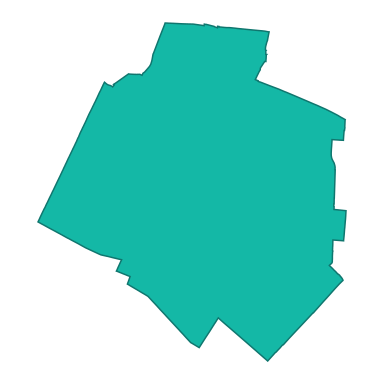 outline of Veenendaal, Utrecht, Netherlands
{"feature_id": "6326949B99010432218754", "entity_name": "Veenendaal", "entity_type": "district", "adm_level": 2, "iso_a3": "NLD", "parent_name": "Netherlands", "parent_adm1": "Utrecht", "projection": "albers", "projection_center": [5.554, 52.023], "detail": "fine", "context": "isolated", "style": "filled", "palette": "teal", "viewbox_px": 384, "rotation_deg": 0, "n_neighbors": 0, "source": "geoboundaries", "source_scale": "gbopen_adm2", "svg_char_len": 5588}
<svg xmlns="http://www.w3.org/2000/svg" viewBox="0 0 384 384"><path d="M217.7,26.3L217.7,26.5L217.7,27.7L217.6,27.8L214.3,26.7L214.0,26.3L213.3,26.2L209.5,25.2L206.3,24.4L206.2,24.5L204.3,24.1L204.1,25.7L203.1,25.5L200.3,25.1L197.5,24.7L194.7,24.3L193.1,24.1L188.6,24.0L185.2,23.9L182.1,23.8L174.2,23.4L169.6,23.2L168.8,23.2L167.4,23.1L165.1,23.0L164.7,24.3L162.8,29.1L159.9,36.5L154.6,50.4L153.5,53.3L153.4,53.5L153.1,54.0L153.0,54.5L152.8,55.5L152.1,59.5L151.8,60.9L151.4,62.2L151.1,63.2L150.9,63.9L150.4,64.9L149.6,66.3L147.5,68.8L145.4,71.2L144.6,72.1L143.9,72.6L143.0,73.2L142.0,75.3L139.9,74.3L136.5,74.4L133.1,74.3L129.7,74.1L128.5,73.9L128.4,74.0L117.0,82.1L115.0,83.5L114.1,84.0L113.8,84.2L113.6,84.4L113.5,84.5L114.2,85.0L113.4,86.0L113.2,86.2L112.9,86.6L112.7,86.9L111.7,86.2L110.3,85.5L108.7,85.1L107.5,84.6L106.5,83.9L106.0,83.5L104.5,82.2L104.1,82.9L103.8,83.6L103.1,84.9L102.7,85.9L101.9,87.5L101.2,89.1L100.3,91.0L99.9,91.7L99.0,93.5L98.2,95.3L97.8,96.1L97.0,97.9L96.5,98.9L95.9,100.2L95.5,101.1L94.9,102.3L94.2,103.6L93.9,104.4L92.8,106.5L92.3,107.6L91.9,108.5L91.6,109.0L91.4,109.4L91.0,110.3L89.9,112.4L89.3,113.6L88.9,114.4L88.3,115.7L88.1,116.2L87.9,116.6L87.6,117.2L87.5,117.5L87.2,118.2L87.0,118.5L86.7,119.3L86.5,119.8L86.1,120.6L85.7,121.5L85.4,122.1L85.1,122.9L84.7,123.5L84.3,124.5L83.8,125.4L83.6,126.0L83.1,126.9L82.8,127.5L82.5,128.1L82.2,128.8L81.7,129.9L81.5,130.4L81.2,130.8L81.2,131.0L81.0,131.3L80.8,131.7L80.4,132.5L80.1,133.2L79.7,134.1L79.3,135.1L79.1,135.6L79.0,135.9L78.9,136.0L78.8,136.4L78.5,137.1L78.0,137.9L77.5,139.0L76.3,141.9L75.6,143.2L75.3,143.9L74.9,144.8L74.6,145.4L73.8,147.1L73.4,147.9L73.0,148.6L72.4,150.0L71.9,151.0L71.5,151.9L71.0,152.8L70.7,153.6L70.1,154.7L68.9,157.3L68.5,158.0L68.4,158.2L66.4,162.6L65.9,163.6L65.5,164.4L65.4,164.6L65.0,165.6L64.1,167.4L63.7,168.2L63.2,169.4L62.7,170.5L62.2,171.4L61.7,172.6L60.9,174.2L60.7,174.7L57.6,181.1L55.5,185.5L53.7,189.3L53.4,190.0L53.2,190.3L52.7,191.3L52.3,192.1L51.1,194.7L49.3,198.3L48.8,199.4L47.4,202.4L46.6,203.9L45.3,206.7L45.2,207.1L44.3,208.6L42.6,212.1L40.7,216.1L39.6,218.5L39.5,218.8L38.0,221.9L41.4,223.8L51.3,229.2L58.2,232.9L67.8,238.2L68.0,238.2L71.8,240.3L77.1,243.1L85.6,247.8L85.8,247.9L98.7,253.9L101.0,254.9L106.8,256.2L117.9,258.9L120.1,259.4L121.6,259.7L121.4,260.2L120.7,261.6L120.1,262.9L118.8,265.8L118.1,267.3L116.9,270.1L116.4,271.1L117.6,271.5L119.5,272.3L121.8,273.2L122.7,273.6L125.0,274.5L125.8,274.8L127.4,275.5L129.6,276.3L130.1,276.5L129.7,277.6L129.4,278.6L128.8,280.2L128.4,281.4L127.9,282.7L127.4,284.1L133.0,287.4L142.6,293.1L144.5,294.2L145.0,294.5L147.3,295.9L147.9,296.3L148.0,296.3L148.8,297.2L152.4,301.1L155.5,304.4L158.6,307.8L159.7,309.0L160.1,309.5L163.3,312.9L167.9,317.9L170.6,320.8L174.6,325.1L179.7,330.6L180.0,331.0L183.5,334.7L184.1,335.4L186.1,337.6L190.7,342.6L191.8,343.2L199.2,347.6L205.4,337.9L209.6,331.5L213.2,325.8L213.3,325.6L213.9,324.8L214.2,324.1L214.9,323.2L215.8,321.8L217.1,319.7L218.3,317.9L221.3,320.6L224.0,323.0L226.2,324.9L228.9,327.2L230.6,328.7L235.8,333.2L244.1,340.4L251.0,346.4L254.3,349.3L255.6,350.4L257.4,352.0L263.9,357.7L267.6,360.9L267.7,361.0L275.4,352.5L276.1,352.1L278.3,349.7L279.1,348.9L279.6,348.4L280.8,347.0L281.8,345.8L282.5,345.1L282.7,344.9L283.3,344.8L287.9,339.7L288.5,339.0L289.6,337.8L291.2,336.1L292.8,334.4L297.4,329.5L305.3,321.1L313.0,312.9L313.4,312.9L314.2,311.9L323.3,301.7L329.2,295.2L334.5,289.2L339.1,284.2L342.1,281.2L342.6,280.8L343.0,280.4L342.8,279.7L342.3,278.8L341.8,278.0L341.7,277.8L341.0,277.0L340.8,276.7L340.4,276.3L340.0,275.8L339.7,275.3L339.5,275.2L339.3,275.0L339.0,274.7L338.3,274.2L337.9,274.1L337.8,273.9L337.2,273.4L336.4,272.4L335.9,271.9L334.9,270.9L333.8,269.9L333.0,269.0L332.1,268.1L331.7,267.7L331.4,267.4L330.6,266.7L329.6,265.8L329.3,265.4L331.0,263.9L331.6,263.4L331.8,263.0L332.0,262.8L332.1,262.5L332.2,262.1L332.3,261.8L332.3,261.5L332.3,261.3L332.3,260.5L332.4,259.1L332.4,258.2L332.4,257.9L332.4,256.1L332.5,254.0L332.6,251.9L332.8,251.6L332.8,250.8L332.5,250.6L332.5,250.2L332.6,249.0L332.6,247.6L332.7,246.5L332.8,244.0L332.8,242.7L332.9,240.0L333.0,240.0L343.6,240.8L343.6,240.4L344.0,236.5L344.3,233.0L344.6,229.0L344.8,227.4L345.2,222.3L345.5,219.3L345.7,216.4L346.0,210.7L335.4,209.6L334.0,209.5L334.1,206.6L333.8,206.5L333.8,203.9L334.1,203.9L334.2,198.1L334.3,198.1L334.5,192.3L334.7,185.9L334.9,179.7L335.0,176.0L335.2,169.7L334.9,169.6L335.0,168.6L335.1,168.4L335.1,167.5L335.0,166.5L334.8,165.4L334.5,164.4L334.2,163.3L333.9,162.6L333.4,161.7L332.5,160.0L332.1,159.1L331.7,158.1L331.5,156.9L331.3,156.1L331.2,154.3L331.2,153.3L331.2,153.1L331.4,149.1L331.6,146.5L331.8,143.3L331.9,142.0L332.0,140.3L332.0,139.6L338.2,140.0L339.5,140.1L343.4,140.3L343.6,137.0L344.1,130.5L344.5,130.5L344.9,127.7L344.8,126.4L345.1,119.8L345.2,119.6L341.8,117.7L341.2,117.4L340.5,117.0L337.7,115.3L331.5,112.1L325.9,109.3L319.8,106.6L319.4,106.4L317.4,105.5L316.7,105.2L313.3,103.8L308.0,101.5L302.6,99.2L295.6,96.2L287.1,92.6L285.6,92.0L285.0,91.8L279.6,89.5L279.2,89.3L270.7,86.1L260.1,82.0L259.3,81.9L258.8,81.6L257.8,81.0L258.0,80.7L255.3,79.6L257.3,75.4L258.3,73.4L259.1,71.7L260.2,69.9L260.4,68.0L263.1,63.9L264.7,61.5L265.9,61.5L265.9,60.8L266.1,58.6L266.2,56.6L266.3,54.8L266.6,54.5L265.8,54.4L265.8,51.1L265.6,50.1L265.9,50.1L265.4,49.4L265.6,46.8L266.6,42.9L266.9,41.9L267.2,41.1L267.5,40.4L267.6,39.6L268.1,36.9L269.1,31.9L268.2,31.8L265.1,31.2L262.6,30.9L252.9,30.0L237.7,28.5L235.3,28.2L230.3,27.7L229.1,27.6L226.6,27.6L224.1,27.4L220.1,27.0L219.4,27.1L219.1,26.5L217.7,26.3Z" fill="#14b8a6" stroke="#0f766e" stroke-width="1.5"/></svg>